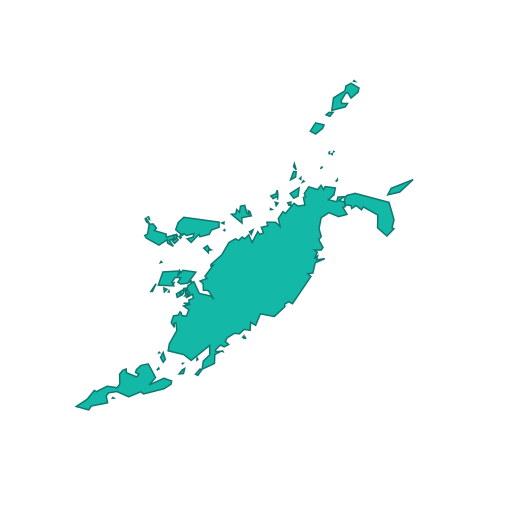 Maluku Tenggara Barat, Maluku, Indonesia (Robinson projection), rotated 17°
{"feature_id": "22746128B78864950196660", "entity_name": "Maluku Tenggara Barat", "entity_type": "district", "adm_level": 2, "iso_a3": "IDN", "parent_name": "Indonesia", "parent_adm1": "Maluku", "projection": "robinson", "projection_center": [131.235, -7.5], "detail": "fine", "context": "isolated", "style": "filled", "palette": "teal", "viewbox_px": 512, "rotation_deg": 17, "n_neighbors": 0, "source": "geoboundaries", "source_scale": "gbopen_adm2", "svg_char_len": 6209}
<svg xmlns="http://www.w3.org/2000/svg" viewBox="0 0 512 512"><g transform="rotate(17 256 256)"><path d="M312.0,167.7L301.8,169.4L301.2,172.7L297.5,169.4L295.5,174.4L286.3,174.4L283.9,182.2L286.2,184.8L284.2,186.1L287.9,192.9L281.6,196.0L276.9,194.5L271.7,206.6L268.8,205.7L266.4,213.7L270.4,220.8L265.0,218.0L256.5,220.5L258.5,223.7L252.7,227.0L256.4,231.8L253.2,234.2L250.6,232.2L248.3,244.2L242.9,237.9L240.3,242.7L237.2,241.9L234.9,246.2L231.3,245.6L226.2,251.0L222.9,265.0L215.4,277.3L216.0,279.6L216.3,278.2L217.8,277.3L213.1,290.3L215.6,291.8L209.8,296.3L213.4,297.8L215.7,304.1L220.6,303.0L228.3,309.7L225.0,307.5L212.7,308.4L204.1,298.7L199.6,304.2L199.6,313.1L200.5,308.4L203.5,311.0L201.3,316.5L206.4,311.2L208.6,314.6L204.6,317.7L206.0,320.7L200.6,322.3L206.0,322.3L201.3,325.0L207.5,327.0L207.0,333.8L202.7,334.7L200.9,332.0L199.7,331.6L198.8,335.4L194.6,337.3L194.4,344.5L198.8,348.1L197.4,344.6L198.9,343.2L202.1,350.3L198.8,365.1L199.7,372.4L215.7,371.4L224.6,374.8L237.8,355.1L240.7,364.1L236.3,371.9L237.6,380.0L247.7,370.9L245.4,362.2L250.6,357.2L245.6,359.2L244.7,357.6L248.0,351.5L252.1,352.2L255.7,348.6L251.6,346.7L252.4,342.6L258.0,336.2L262.9,335.3L266.2,329.6L272.1,328.8L270.3,321.0L275.9,322.4L277.1,310.0L291.2,308.5L298.4,296.1L297.6,293.5L300.7,290.1L304.8,291.0L314.5,259.5L310.7,257.8L315.4,255.6L314.6,245.2L322.6,238.4L315.1,241.9L314.9,237.9L312.5,241.5L313.6,234.4L310.1,233.1L316.6,231.3L317.6,228.3L311.2,222.0L312.7,218.3L308.3,211.5L307.1,200.4L313.1,193.2L323.5,194.2L330.9,189.6L325.0,184.2L326.9,182.7L325.0,178.5L319.1,178.7L323.3,173.4L317.1,175.7L317.3,180.5L308.7,181.1L312.7,174.8L312.0,167.7ZM184.5,390.7L178.0,394.3L174.8,399.7L174.9,402.7L178.5,403.2L177.3,406.5L166.2,405.5L164.9,402.0L162.1,404.1L160.1,408.9L163.2,418.2L161.8,422.5L151.8,424.0L142.9,432.5L140.7,431.8L136.5,442.2L128.1,452.5L141.0,452.1L142.4,447.6L157.0,439.8L153.7,433.6L155.1,429.9L162.6,426.3L175.4,427.9L185.6,419.5L188.8,420.8L206.8,409.9L212.2,403.5L211.9,400.2L203.7,399.8L191.5,410.6L195.5,401.6L184.5,390.7ZM367.5,165.8L332.5,167.1L325.1,171.5L324.0,176.4L326.7,181.0L332.2,180.0L333.6,182.6L337.0,178.5L343.4,181.0L344.3,177.7L360.5,181.2L364.0,193.5L375.3,198.6L380.0,189.6L377.8,189.2L377.4,181.0L367.5,165.8ZM210.8,234.4L175.6,240.1L171.8,246.8L171.5,254.3L178.5,257.5L179.8,256.0L180.4,255.8L183.7,256.7L189.9,252.7L190.4,256.3L185.2,259.7L190.0,262.0L195.1,252.0L196.7,254.0L204.9,249.0L205.9,244.1L212.3,239.3L210.8,234.4ZM203.2,289.0L190.4,291.0L186.9,297.4L186.8,292.8L171.6,298.5L171.1,312.5L186.1,308.6L183.1,305.5L185.1,300.1L190.4,298.8L188.9,304.0L192.2,304.8L198.7,302.0L203.2,289.0ZM148.2,255.4L144.5,257.0L145.9,266.6L143.6,268.9L145.8,270.9L160.0,274.0L166.2,266.5L167.8,269.6L174.1,270.9L168.5,266.3L173.1,262.8L171.1,260.2L175.5,260.1L173.7,258.5L164.7,264.3L163.7,261.3L151.3,261.4L152.7,258.4L148.2,255.4ZM296.4,63.0L292.3,67.2L292.8,72.0L283.9,82.1L285.9,94.6L297.8,87.3L298.9,83.4L293.4,85.0L292.0,82.7L294.1,74.4L295.9,72.9L300.7,77.2L305.7,69.6L305.4,65.2L296.4,63.0ZM230.4,210.8L226.6,212.9L227.4,219.1L224.0,217.1L224.2,221.7L220.3,223.3L233.0,228.6L231.2,223.5L239.8,219.0L237.1,215.3L235.3,214.9L236.8,218.1L234.6,217.5L230.4,210.8ZM374.7,152.9L383.9,137.0L365.5,151.7L364.1,159.0L374.7,152.9ZM282.8,110.7L274.1,111.3L271.4,120.8L277.4,121.9L282.3,114.6L282.8,110.7ZM278.7,186.4L277.3,178.2L270.4,186.3L275.2,189.7L278.7,186.4ZM269.8,163.7L267.2,164.2L266.8,173.0L270.8,169.0L269.8,163.7ZM195.4,375.4L194.4,380.9L198.3,384.8L199.5,381.4L195.4,375.4ZM206.5,260.3L203.7,263.8L209.5,266.8L208.6,262.1L206.5,260.3ZM259.1,191.1L257.0,186.8L256.9,190.8L252.6,194.2L255.6,196.2L259.1,192.5L260.1,195.9L259.1,191.1ZM196.5,309.1L191.0,315.5L192.8,318.6L195.7,315.7L193.9,313.1L196.6,314.9L197.7,312.3L196.5,309.1ZM174.3,261.3L173.8,263.7L170.8,265.3L174.4,267.8L176.9,263.3L174.3,261.3ZM220.7,384.4L218.8,386.5L216.9,391.3L221.0,389.6L220.7,384.4ZM287.7,96.1L283.7,97.4L281.7,100.5L285.8,100.9L287.7,96.1ZM269.3,161.9L265.7,156.5L265.8,159.6L269.3,161.9ZM245.5,231.8L242.7,234.8L245.1,236.8L245.5,231.8ZM235.3,387.2L237.6,380.1L235.4,380.6L232.7,386.8L235.3,387.2ZM180.7,313.9L177.2,313.5L178.8,317.2L180.7,313.9ZM273.6,194.2L270.8,195.8L272.5,197.8L274.4,197.5L273.6,194.2ZM167.3,320.2L168.5,311.7L165.8,320.7L167.3,320.2ZM144.4,255.9L139.7,251.9L139.1,252.8L141.8,255.7L144.4,255.9ZM213.6,234.4L215.9,234.7L215.5,232.9L213.6,234.4ZM267.7,336.0L267.0,337.7L268.4,338.1L267.7,336.0ZM261.6,199.0L258.7,198.9L260.6,202.0L261.6,199.0ZM211.4,263.2L209.1,262.7L210.1,263.9L211.4,263.2ZM177.7,258.2L177.3,260.3L178.5,261.3L179.1,260.1L177.7,258.2ZM194.5,394.2L196.3,392.3L195.7,391.5L194.5,394.2ZM188.6,293.4L187.3,292.4L187.7,293.7L188.6,293.4ZM257.8,206.8L256.0,206.4L256.2,207.6L257.8,206.8ZM296.3,137.5L295.9,135.0L295.5,135.4L296.3,137.5ZM230.7,372.0L229.2,370.2L229.9,372.9L230.7,372.0ZM218.6,241.0L218.4,239.3L217.8,240.9L218.6,241.0ZM276.4,169.7L275.9,167.8L275.1,169.3L276.4,169.7ZM270.6,337.9L269.4,336.9L269.3,337.6L270.6,337.9ZM298.2,60.3L299.8,60.1L298.5,59.5L298.2,60.3ZM166.5,290.4L167.8,289.5L166.8,288.9L166.5,290.4ZM196.6,308.0L198.1,308.4L196.7,307.8L196.6,308.0ZM280.2,170.6L279.3,170.2L278.9,171.8L280.2,170.6ZM311.7,160.1L311.4,159.0L310.5,161.5L311.7,160.1ZM183.5,315.8L182.9,314.8L182.6,316.0L183.5,315.8ZM201.0,300.0L202.2,299.4L201.4,298.9L201.0,300.0ZM179.8,257.7L179.9,256.2L179.2,257.6L179.8,257.7ZM161.6,433.4L160.6,433.1L160.3,433.9L161.6,433.4ZM298.1,136.3L299.1,136.8L299.0,135.6L298.1,136.3ZM200.9,314.6L200.1,313.9L199.6,315.0L200.9,314.6ZM198.0,308.1L199.2,307.7L198.4,307.2L198.0,308.1ZM185.3,305.4L184.7,306.0L185.4,306.6L185.3,305.4ZM299.4,134.1L300.1,133.4L299.7,133.2L299.4,134.1ZM201.5,312.9L201.6,310.8L201.2,312.8L201.5,312.9ZM292.1,153.8L293.3,151.8L292.9,151.6L292.1,153.8ZM198.2,310.0L198.7,309.7L199.1,308.4L198.2,310.0ZM142.1,250.2L141.5,250.0L141.3,250.2L142.3,250.4L142.7,251.9L143.4,252.1L142.1,250.2ZM198.6,311.0L199.5,309.8L199.0,309.5L198.6,311.0ZM217.7,379.9L217.0,380.1L216.9,381.2L217.7,379.9ZM192.2,376.7L191.5,376.3L191.3,377.1L192.2,376.7ZM252.4,357.1L251.8,356.5L250.8,357.1L252.4,357.1ZM142.0,250.6L140.7,250.7L142.1,250.7L142.0,250.6Z" fill="#14b8a6" stroke="#0f766e" stroke-width="1.5"/></g></svg>